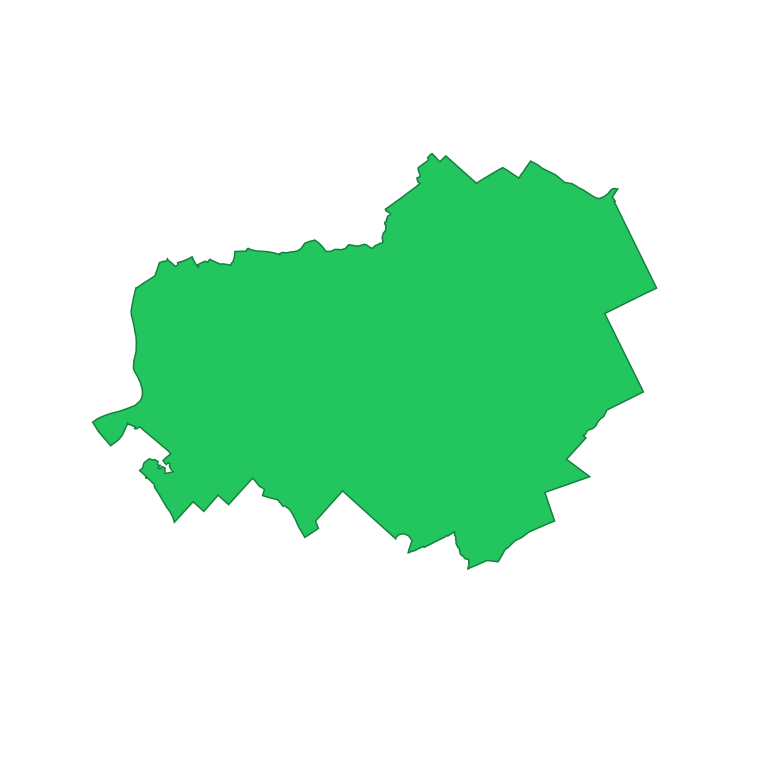 Salas pag., Salas, Latvia, rotated 252°
{"feature_id": "27541924B32123445019652", "entity_name": "Salas pag.", "entity_type": "district", "adm_level": 2, "iso_a3": "LVA", "parent_name": "Latvia", "parent_adm1": "Salas", "projection": "albers", "projection_center": [25.738, 56.452], "detail": "fine", "context": "isolated", "style": "filled", "palette": "green", "viewbox_px": 768, "rotation_deg": 252, "n_neighbors": 0, "source": "geoboundaries", "source_scale": "gbopen_adm2", "svg_char_len": 6034}
<svg xmlns="http://www.w3.org/2000/svg" viewBox="0 0 768 768"><g transform="rotate(252 384 384)"><path d="M437.8,95.1L426.9,97.8L409.7,105.0L412.9,114.2L414.8,117.3L416.9,120.0L425.6,127.9L424.5,127.9L424.6,129.0L424.0,129.4L423.6,129.9L422.9,131.4L422.5,131.7L421.9,131.8L421.9,132.0L420.2,134.4L418.9,133.0L418.1,133.6L417.9,135.1L418.8,138.3L417.4,139.3L412.0,142.5L410.4,143.6L386.9,158.2L383.4,159.6L382.0,155.7L380.5,152.2L379.9,151.0L379.3,150.1L378.8,150.5L376.3,151.2L374.7,152.0L375.5,154.2L375.2,155.2L375.0,155.4L374.3,155.5L372.3,154.6L372.0,154.6L370.9,154.7L370.9,154.8L369.2,154.9L365.7,156.5L365.6,156.2L365.6,155.4L365.7,154.5L365.9,154.0L366.3,150.4L366.2,149.8L366.7,148.5L366.9,148.2L367.5,148.2L371.5,149.8L371.8,149.9L373.9,147.5L373.8,147.0L373.2,146.2L373.1,145.9L372.7,144.6L372.7,144.3L372.8,144.2L374.2,143.3L374.9,145.0L375.6,146.2L375.9,145.6L377.3,143.5L380.1,145.2L383.1,142.4L382.7,141.5L385.4,137.6L383.2,131.5L378.6,128.3L377.2,124.8L369.3,129.4L368.8,128.6L368.4,128.3L367.8,128.7L367.7,128.8L367.9,129.3L368.2,129.9L359.3,134.5L356.7,133.8L348.6,136.0L339.3,138.0L333.3,139.4L328.5,141.0L322.7,142.0L317.3,141.9L331.0,166.1L318.5,173.3L329.5,191.9L317.3,198.9L334.1,228.2L334.8,230.2L329.5,232.3L326.8,233.2L325.2,234.0L324.5,234.5L322.8,236.2L320.5,237.8L317.8,235.6L316.4,234.8L315.4,234.0L310.3,241.3L307.0,247.0L299.0,250.1L298.9,251.8L295.2,254.6L293.8,255.5L287.8,257.0L281.5,258.0L277.8,258.3L273.5,258.9L262.6,261.3L264.8,269.6L267.0,277.1L274.8,276.5L279.3,284.4L282.2,289.3L295.1,311.6L233.1,347.3L234.0,347.7L234.3,348.0L236.0,351.2L236.0,351.3L236.0,352.4L235.9,354.7L235.2,356.5L234.8,357.4L231.9,360.6L231.6,360.7L226.4,362.3L226.3,362.2L218.2,356.1L216.0,354.8L215.8,355.6L215.8,355.9L216.1,357.2L216.2,358.6L216.0,362.5L216.7,365.3L217.0,368.6L217.4,371.6L216.2,371.7L218.3,385.0L219.7,394.8L220.6,396.7L219.7,397.5L221.6,405.4L218.3,404.4L217.0,404.9L214.8,404.7L214.1,404.0L212.8,404.2L210.2,403.2L205.6,403.9L203.2,404.8L203.1,404.6L201.5,404.2L198.4,404.1L197.0,404.8L196.4,405.2L195.4,406.4L193.8,406.6L193.1,406.8L192.0,408.3L191.4,409.5L190.1,410.2L188.1,409.4L185.4,408.8L182.7,406.7L182.1,406.6L182.6,409.5L183.5,419.6L184.3,426.8L184.0,428.0L184.0,428.3L179.7,437.6L186.1,444.9L188.7,447.5L189.1,447.9L189.5,449.2L190.0,449.3L189.7,450.4L194.5,460.4L194.8,461.3L194.6,461.4L195.4,467.2L198.2,475.5L198.5,476.5L199.5,486.6L199.6,487.7L199.6,487.8L200.7,498.7L200.8,499.0L201.0,499.1L200.6,499.3L201.0,503.9L231.2,503.5L231.9,535.1L232.3,551.0L256.0,534.3L270.3,559.4L273.4,557.6L273.8,558.7L273.6,559.4L274.5,560.5L276.6,562.9L276.6,563.0L277.2,564.4L277.0,565.9L277.1,566.0L277.1,568.7L277.3,569.1L277.4,569.9L278.4,571.5L278.7,572.5L282.6,576.5L282.8,576.7L282.8,577.2L283.0,577.8L283.5,578.3L284.4,579.8L284.3,580.3L285.2,582.9L285.3,582.9L288.7,586.4L289.2,586.7L290.3,587.7L291.4,594.9L296.3,628.3L382.8,615.7L389.3,659.7L391.0,672.9L477.8,660.5L478.2,660.5L486.1,659.3L486.2,660.4L491.3,659.0L494.9,663.5L497.3,666.5L497.5,665.7L498.3,664.4L498.9,663.3L499.0,662.7L498.9,661.4L498.6,660.3L498.4,659.8L495.8,655.8L495.5,655.0L494.3,651.4L494.1,650.2L494.0,648.8L493.9,647.3L493.9,646.8L493.8,646.7L494.2,645.3L494.5,644.7L495.4,643.2L497.4,641.3L502.1,637.4L506.7,633.7L510.6,629.8L514.2,626.8L516.6,624.5L516.5,624.4L520.1,617.9L525.3,614.8L530.1,611.6L539.7,601.7L542.7,599.4L544.7,598.2L550.7,592.4L545.0,584.7L542.9,582.3L541.1,579.4L538.1,575.9L544.6,570.8L548.8,567.6L553.1,563.8L552.1,558.2L548.4,541.9L546.8,535.5L546.0,534.2L558.4,526.9L581.8,513.3L578.9,507.4L578.1,505.9L581.4,504.1L583.9,503.1L588.3,500.9L587.4,498.3L585.6,495.3L584.8,495.6L584.1,495.6L583.4,495.2L583.0,494.7L582.8,494.5L580.2,486.5L579.8,485.2L579.1,483.4L578.9,483.2L578.2,482.9L576.5,482.7L573.9,482.7L572.5,482.9L571.3,483.0L570.9,482.8L570.3,482.3L570.1,481.9L569.7,480.9L569.9,480.4L570.0,479.8L570.0,479.3L569.0,478.8L565.8,478.7L563.6,480.1L561.8,475.9L561.3,474.5L558.8,466.9L555.0,455.8L554.0,452.4L552.7,448.8L549.9,439.5L549.8,439.3L549.2,439.8L548.5,439.4L547.6,439.6L546.6,440.8L545.7,441.3L545.6,442.0L545.4,442.2L544.8,442.6L544.1,442.9L543.8,442.9L543.4,442.5L543.1,442.1L543.0,441.3L542.4,439.3L542.2,439.1L539.1,436.8L537.8,436.8L537.6,434.8L536.0,434.1L534.9,434.9L534.1,434.5L531.5,434.0L529.5,432.7L527.4,429.7L525.6,428.9L524.0,427.5L520.2,427.0L519.3,427.1L519.4,426.6L518.7,425.9L518.7,425.4L518.8,424.8L519.0,423.6L518.8,423.0L518.6,421.4L518.3,419.2L518.3,418.2L516.7,415.6L517.4,413.6L520.6,411.1L521.8,410.3L523.0,408.3L523.0,403.3L523.5,400.8L525.6,397.0L526.8,394.7L527.3,393.4L524.8,389.0L524.9,385.0L526.8,380.1L527.3,378.5L526.5,374.7L528.1,369.7L530.3,369.1L534.7,367.4L538.6,365.3L542.4,362.5L542.2,361.7L542.6,357.5L542.4,352.5L541.6,351.2L538.5,347.1L537.9,345.2L537.3,343.1L537.6,340.4L537.7,338.4L537.7,338.2L538.2,337.5L538.8,332.1L540.6,327.8L540.2,325.0L539.2,324.9L541.9,321.0L543.3,318.8L544.7,316.2L546.3,313.1L549.9,303.9L552.3,299.8L553.7,298.1L554.9,296.8L554.1,296.3L554.7,295.6L553.5,294.3L552.9,293.9L553.7,291.5L556.1,283.2L551.8,281.4L546.7,278.0L546.3,276.5L544.3,275.0L546.4,271.2L548.2,267.5L548.7,265.1L554.2,259.1L556.4,257.0L554.3,253.6L556.2,251.6L555.9,250.0L555.3,245.4L554.9,243.3L552.7,244.0L552.5,243.5L554.6,242.7L554.9,242.4L560.8,241.1L564.3,240.8L563.3,235.3L563.2,233.8L562.9,227.9L563.2,227.9L563.0,225.1L561.2,225.2L560.9,224.6L560.2,221.9L564.4,219.7L568.7,216.9L569.9,216.7L568.2,215.1L568.9,211.4L568.7,207.8L563.7,204.2L558.1,199.9L557.4,198.8L556.7,196.3L554.5,187.4L551.9,178.7L552.1,177.8L547.1,174.7L542.8,172.1L532.3,166.4L528.1,165.1L524.9,164.9L520.6,164.7L514.8,164.0L510.2,163.2L505.8,162.8L500.4,161.4L491.9,158.4L488.5,156.5L482.8,153.0L476.8,150.7L475.1,150.4L473.6,150.6L470.8,151.1L468.0,151.8L464.2,152.3L460.2,152.7L457.2,152.6L454.1,152.4L450.8,151.8L447.9,150.6L445.8,149.4L443.5,147.2L440.6,140.8L440.3,137.5L440.1,134.0L440.0,130.7L439.8,123.7L440.3,116.7L440.4,113.0L440.2,107.0L439.8,103.7L439.3,99.7L438.5,98.0L437.8,95.1Z" fill="#22c55e" stroke="#15803d" stroke-width="1.5"/></g></svg>